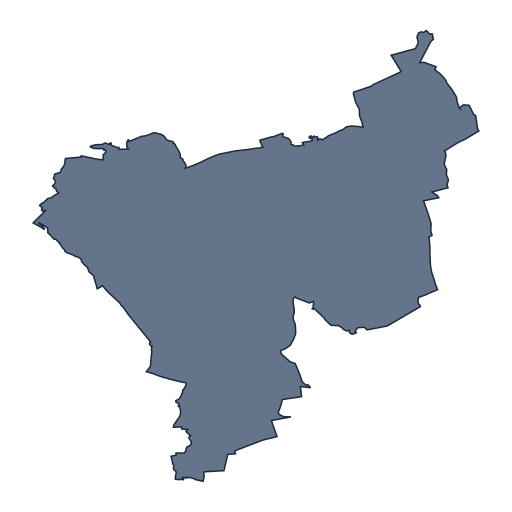 Albota, Arges, Romania (Equal Earth projection)
{"feature_id": "2599482B92204105458489", "entity_name": "Albota", "entity_type": "district", "adm_level": 2, "iso_a3": "ROU", "parent_name": "Romania", "parent_adm1": "Arges", "projection": "equal_earth", "projection_center": [24.826, 44.777], "detail": "fine", "context": "isolated", "style": "filled", "palette": "slate", "viewbox_px": 512, "rotation_deg": 0, "n_neighbors": 0, "source": "geoboundaries", "source_scale": "gbopen_adm2", "svg_char_len": 5991}
<svg xmlns="http://www.w3.org/2000/svg" viewBox="0 0 512 512"><path d="M183.2,479.7L183.6,479.3L182.8,478.2L182.3,478.0L182.5,477.6L184.1,477.6L186.0,478.1L186.2,477.2L188.5,477.7L189.4,477.3L196.1,479.5L195.9,479.7L203.1,481.3L204.1,476.8L203.9,472.2L204.1,471.8L224.0,470.7L227.8,454.3L235.5,453.8L234.7,450.9L262.8,440.1L277.0,436.6L271.4,420.5L291.0,416.9L283.4,416.6L279.2,414.3L278.2,412.8L281.4,403.9L282.3,399.5L301.6,396.7L300.4,386.5L309.9,387.7L310.3,387.3L307.9,384.6L306.4,385.4L302.3,382.0L299.7,374.2L295.2,363.5L290.0,361.7L281.2,353.8L280.7,350.4L285.1,348.9L290.4,345.2L293.4,339.6L295.6,334.0L295.6,329.3L295.3,325.1L294.8,322.9L293.5,320.3L293.0,316.8L294.2,313.0L294.2,309.5L293.1,302.5L293.2,299.1L295.0,296.9L296.5,298.1L309.3,303.0L312.9,301.5L313.5,301.7L313.1,307.7L312.2,308.6L312.3,309.1L314.6,308.9L324.1,318.0L325.2,319.7L329.9,324.5L331.5,325.4L334.9,325.4L335.7,325.7L338.1,325.5L341.9,327.6L342.6,328.7L344.1,329.8L347.1,331.1L348.8,330.1L349.1,330.3L349.5,331.2L349.4,332.2L350.0,333.1L351.4,334.0L352.3,334.2L355.5,333.3L356.4,332.7L355.2,331.3L357.6,327.7L364.3,327.3L367.1,329.9L387.2,326.0L420.3,306.7L420.1,305.4L418.6,303.9L418.2,302.5L418.0,300.0L418.4,298.8L418.4,297.5L426.1,294.7L429.0,293.3L437.6,289.7L435.1,283.4L434.6,281.0L431.6,272.0L430.5,265.7L430.0,256.0L429.9,246.6L429.0,236.7L431.9,235.7L432.0,234.4L431.4,233.8L430.8,230.4L431.1,223.6L429.3,217.4L423.6,200.8L438.8,197.7L438.0,196.3L437.2,195.5L432.0,192.0L448.0,187.8L447.1,185.0L448.4,179.9L447.9,178.3L446.4,174.9L446.7,169.2L445.6,167.5L444.4,164.5L444.3,163.5L446.0,155.5L445.6,152.8L444.4,151.1L456.8,143.3L460.9,141.1L464.5,139.6L478.9,131.0L477.6,128.8L475.7,115.5L474.8,115.2L473.5,114.2L469.2,105.3L463.9,104.8L463.2,105.0L459.5,107.8L459.9,108.7L459.4,108.4L457.0,101.3L456.7,98.0L456.0,96.2L451.6,89.1L446.7,82.8L446.3,81.3L445.4,79.8L442.6,76.3L439.8,73.5L434.8,69.8L436.1,66.8L423.9,62.3L419.7,62.6L430.7,41.8L432.2,40.2L433.4,39.5L432.7,38.1L433.1,37.0L432.3,35.7L432.6,35.1L432.5,34.3L432.3,33.9L431.4,33.8L429.8,34.1L428.5,32.9L427.4,31.3L426.1,30.7L425.6,30.8L424.3,32.2L423.5,32.5L422.1,31.9L421.1,31.9L418.7,32.8L417.6,35.0L417.0,37.2L418.1,41.9L418.1,43.5L416.2,46.8L415.5,48.6L391.1,55.2L400.7,70.8L401.0,71.4L399.8,72.3L378.4,82.2L374.3,84.1L370.7,86.4L353.6,92.1L353.4,93.7L355.4,101.5L355.9,102.9L359.3,109.3L359.5,115.8L362.0,122.4L363.0,127.3L358.3,126.5L351.6,126.0L347.0,126.7L345.3,127.6L343.1,129.5L339.7,130.7L336.0,132.7L328.4,135.8L324.3,138.7L322.0,139.9L320.8,139.0L320.1,138.8L319.3,139.0L317.7,140.2L317.8,137.8L317.2,136.7L313.8,137.2L313.8,136.3L312.9,137.0L312.1,137.3L311.7,137.1L311.5,136.3L310.9,135.9L309.6,136.6L309.1,137.1L309.1,137.5L309.5,138.1L311.9,138.9L312.5,139.4L312.7,139.8L312.3,140.5L311.0,140.7L310.5,141.2L302.3,142.5L303.8,145.1L298.2,145.9L294.1,146.1L293.2,144.9L291.5,144.8L291.0,144.3L290.9,143.5L291.2,142.3L289.8,139.9L288.3,138.5L287.5,138.1L283.3,136.8L282.7,136.0L283.3,134.2L282.8,133.5L282.2,133.3L273.1,136.8L271.3,136.9L259.9,140.2L260.1,141.5L261.2,143.5L261.5,144.9L262.9,147.1L260.2,147.9L256.7,148.1L247.8,149.5L236.0,150.8L220.2,153.9L217.5,154.7L210.9,157.4L205.4,159.9L201.4,162.0L192.5,165.7L185.3,168.2L186.1,165.5L184.7,162.5L183.1,161.2L182.9,159.2L180.1,157.2L180.3,154.3L178.8,151.1L175.9,146.3L175.3,144.5L174.2,143.5L173.4,143.3L173.2,142.9L173.4,142.3L173.0,141.7L168.6,140.5L166.4,139.6L165.9,139.2L165.4,137.6L163.8,136.0L162.7,135.1L162.0,135.1L160.7,134.0L158.8,133.9L156.4,133.0L154.9,132.9L154.2,132.5L148.0,135.1L143.4,136.3L142.0,136.1L129.2,141.4L129.0,140.5L128.5,139.9L128.0,140.0L127.5,140.7L126.7,143.2L126.6,144.4L127.1,145.8L126.8,146.6L127.0,147.7L128.3,149.0L125.2,149.4L124.6,149.2L118.9,149.3L118.9,147.4L117.5,147.6L111.4,145.3L111.0,144.8L111.2,143.2L109.7,143.2L109.7,144.4L109.0,144.4L105.3,143.0L104.0,143.4L102.3,144.5L95.3,144.7L94.3,145.5L92.7,145.3L91.8,145.9L90.8,146.1L90.2,146.9L93.7,148.4L95.4,148.6L103.9,148.7L103.9,150.2L105.2,150.2L106.0,151.2L105.7,152.4L103.3,154.7L103.0,159.9L96.2,159.0L81.3,155.8L81.5,157.0L65.5,158.5L65.0,160.0L64.9,163.1L63.6,166.5L61.5,168.9L60.4,172.3L54.9,174.0L54.5,174.5L54.4,175.9L53.4,178.1L55.4,181.4L55.3,182.4L54.1,184.6L52.6,185.7L52.7,186.4L54.1,186.8L54.2,188.2L55.9,188.7L56.3,189.3L56.2,190.3L56.4,190.9L58.6,193.0L54.1,195.6L50.4,198.2L48.2,198.2L42.6,203.3L42.0,203.1L39.6,205.3L40.1,205.9L42.5,208.0L41.8,208.7L42.0,209.1L41.5,209.7L42.3,211.0L43.0,211.3L45.3,210.2L45.8,210.3L33.1,222.9L42.0,227.8L43.6,229.1L44.3,229.1L44.6,228.8L43.3,227.2L41.1,224.9L39.2,223.6L38.8,223.0L38.9,222.8L45.5,226.5L46.9,227.6L47.6,228.7L47.8,230.2L47.9,231.8L47.7,232.3L47.9,232.9L51.1,235.8L51.9,236.9L54.2,239.3L55.6,239.2L56.7,240.1L57.7,241.4L59.6,242.7L59.3,243.0L60.1,244.4L61.1,245.4L61.5,246.3L61.9,246.6L62.2,247.6L64.6,249.8L64.8,251.2L66.2,252.4L73.4,255.1L75.7,256.6L76.7,256.4L80.8,258.8L81.6,261.4L83.3,263.7L87.4,267.4L89.2,272.1L92.9,275.0L94.1,277.2L94.4,279.3L96.3,285.1L97.2,288.8L102.8,285.8L106.1,290.1L109.8,293.8L119.7,302.9L121.7,306.0L123.1,307.1L128.3,314.6L150.5,341.8L149.8,342.2L149.5,344.2L150.9,346.0L151.8,346.0L151.4,350.2L151.9,351.7L151.5,354.1L150.4,366.4L146.3,371.7L153.3,373.7L158.0,375.6L164.8,377.8L165.6,377.7L168.4,378.8L178.8,381.4L186.3,382.9L186.4,383.9L184.9,387.3L183.7,389.1L182.7,390.1L182.5,390.8L182.8,392.0L181.6,394.0L181.6,394.9L180.5,396.9L178.9,399.1L176.0,400.5L175.7,400.9L176.0,402.2L179.1,404.0L179.6,405.7L178.3,405.8L180.0,408.2L180.6,411.6L180.2,415.0L179.7,416.4L173.9,424.8L173.4,427.3L181.5,426.8L181.7,429.0L187.7,429.5L185.9,431.5L190.5,435.7L189.7,436.0L189.3,436.5L188.8,437.9L191.2,441.7L191.1,442.8L191.4,442.8L191.5,443.4L189.4,446.3L188.9,446.1L187.5,446.5L186.4,447.7L185.6,451.2L184.2,453.0L176.0,453.0L176.1,455.1L171.0,456.3L172.5,461.9L172.5,463.3L173.6,465.3L173.8,466.5L173.3,467.9L174.0,469.9L176.0,471.5L176.2,472.1L176.2,473.4L175.7,474.3L175.2,479.1L178.2,479.6L181.4,479.5L183.2,479.7Z" fill="#64748b" stroke="#1e293b" stroke-width="1.5"/></svg>